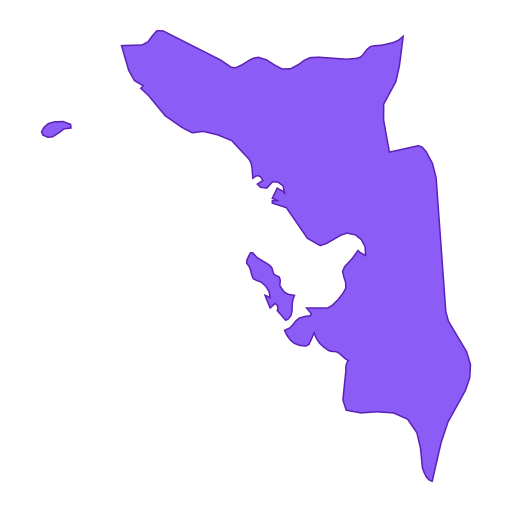 the Province of Samar
{"feature_id": "PHL-2584", "entity_name": "Samar", "entity_type": "Province", "adm_level": 1, "iso_a3": "PHL", "parent_name": "Philippines", "parent_adm1": "", "projection": "orthographic", "projection_center": [124.838, 11.713], "detail": "fine", "context": "isolated", "style": "filled", "palette": "violet", "viewbox_px": 512, "rotation_deg": 0, "n_neighbors": 0, "source": "natural_earth", "source_scale": "10m", "svg_char_len": 2576}
<svg xmlns="http://www.w3.org/2000/svg" viewBox="0 0 512 512"><path d="M432.2,481.3L429.2,480.0L426.5,477.2L424.2,472.7L422.4,467.8L420.5,448.3L416.9,432.8L407.5,419.1L393.3,412.9L377.0,411.8L360.8,412.9L346.2,410.2L342.9,399.9L345.9,370.4L345.8,367.4L346.1,365.0L346.9,362.8L348.3,360.5L345.6,359.0L338.6,352.8L336.0,351.7L330.9,351.3L328.6,350.5L323.7,347.1L319.5,343.1L316.3,338.3L314.2,332.9L308.9,344.5L305.6,346.1L299.3,345.3L294.4,343.4L290.5,340.2L287.3,335.9L284.5,330.4L290.0,327.8L293.1,324.5L295.7,321.0L299.3,318.0L305.2,316.4L310.1,315.8L311.4,313.8L306.6,308.0L327.5,308.0L332.0,305.5L337.9,299.8L343.1,293.1L345.8,288.1L345.6,282.4L343.8,276.8L342.6,271.5L344.6,266.7L352.3,258.4L358.0,250.5L359.8,252.3L365.5,255.5L365.1,246.7L361.3,239.6L355.2,234.8L347.0,233.1L341.0,235.1L326.3,243.6L320.2,245.6L307.4,238.3L286.4,207.7L272.3,203.1L272.3,200.6L274.8,200.7L277.2,200.6L273.8,198.8L272.3,198.3L277.2,188.1L278.9,189.2L280.7,190.0L282.5,191.1L284.5,193.1L283.0,185.7L277.9,182.1L272.6,181.8L266.8,188.1L260.5,187.3L257.3,184.1L262.8,180.5L260.9,177.2L258.6,175.7L256.0,176.0L252.8,178.2L252.1,168.4L251.0,163.0L249.2,159.4L231.6,140.5L217.5,134.8L203.3,131.4L192.2,132.8L181.9,127.4L165.1,115.7L148.5,95.5L140.8,88.3L141.7,87.5L142.0,87.2L143.0,85.6L134.5,80.7L128.7,70.4L121.5,45.6L142.0,45.0L147.9,41.9L152.4,35.8L157.0,30.7L163.1,30.9L220.9,60.2L231.4,67.4L236.0,67.7L242.5,64.5L250.0,59.8L254.1,58.0L258.3,57.3L266.4,59.8L274.2,64.8L282.2,69.0L290.7,68.7L298.8,64.3L304.3,60.3L310.1,57.6L318.9,57.2L346.4,59.2L356.3,58.4L360.2,57.2L362.7,55.1L367.2,49.2L370.5,46.6L373.9,45.8L381.3,45.3L393.1,42.6L398.5,40.2L403.2,36.3L399.4,66.1L395.9,81.5L383.7,104.1L383.6,120.1L389.4,152.1L418.3,145.7L421.9,146.9L426.0,151.4L432.4,163.3L436.1,177.6L445.8,311.6L448.5,321.3L466.7,351.9L470.5,364.6L469.8,377.6L465.5,390.3L448.0,422.0L441.1,442.6L432.2,481.3ZM279.8,285.4L282.2,289.3L284.6,292.3L288.3,294.3L294.5,295.4L293.0,299.2L292.3,303.1L292.0,311.6L290.8,315.8L288.3,319.0L285.7,320.3L277.2,310.5L277.9,309.2L277.5,305.4L275.1,303.5L270.1,308.0L265.0,295.3L267.5,296.3L270.1,297.8L269.2,291.9L265.9,286.3L261.2,282.1L256.5,280.4L253.2,278.7L251.6,274.7L250.6,270.1L249.2,266.7L246.7,263.2L246.8,260.1L250.4,252.8L252.8,252.8L253.3,253.5L257.0,257.5L269.0,264.8L270.6,266.2L271.9,267.9L272.5,269.9L273.1,272.4L274.1,274.5L279.3,277.0L280.3,280.4L279.8,285.4ZM62.9,121.5L70.6,124.3L71.0,128.0L63.9,128.9L60.1,131.9L52.9,136.7L47.9,137.3L42.9,135.1L41.5,131.8L44.0,127.4L48.3,123.6L54.2,121.9L62.9,121.5Z" fill="#8b5cf6" stroke="#5b21b6" stroke-width="1.5"/></svg>